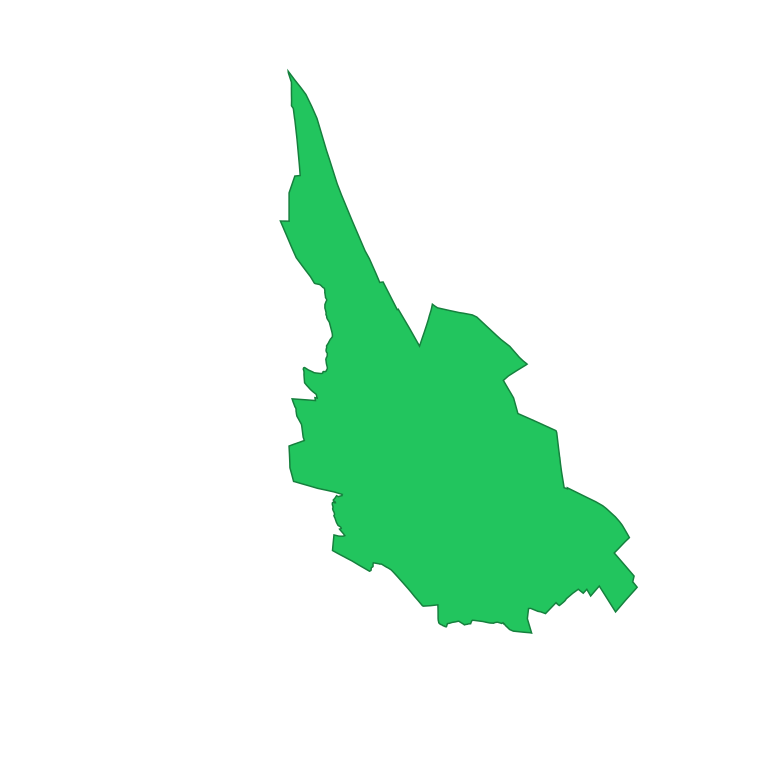 outline of Gulbene, Gulbene, Latvia, rotated 58°
{"feature_id": "27541924B45220335031479", "entity_name": "Gulbene", "entity_type": "district", "adm_level": 2, "iso_a3": "LVA", "parent_name": "Latvia", "parent_adm1": "Gulbene", "projection": "equal_earth", "projection_center": [26.756, 57.173], "detail": "fine", "context": "isolated", "style": "filled", "palette": "green", "viewbox_px": 768, "rotation_deg": 58, "n_neighbors": 0, "source": "geoboundaries", "source_scale": "gbopen_adm2", "svg_char_len": 5618}
<svg xmlns="http://www.w3.org/2000/svg" viewBox="0 0 768 768"><g transform="rotate(58 384 384)"><path d="M651.1,409.5L651.1,409.1L653.2,409.0L655.8,408.3L658.3,407.7L658.9,407.5L662.1,405.3L666.0,400.3L669.4,395.9L672.3,392.0L673.4,390.8L659.0,386.8L651.0,380.4L652.0,378.5L658.4,373.9L660.3,371.8L664.3,368.7L662.3,360.7L660.9,355.1L660.6,354.0L661.6,353.9L661.6,353.7L663.9,353.2L664.4,352.7L664.7,352.7L664.7,351.9L664.6,351.0L664.5,350.3L664.4,349.6L664.2,348.0L663.9,346.3L663.9,346.0L663.7,345.5L663.4,344.5L663.0,343.8L662.7,342.9L662.3,340.3L661.8,336.9L661.5,334.9L661.0,328.0L667.0,325.9L665.6,320.8L673.3,321.1L669.4,308.5L700.0,308.4L695.1,292.8L691.3,279.5L690.5,277.0L684.0,277.8L683.7,278.0L679.4,273.7L666.8,275.6L649.3,278.3L648.2,273.7L646.7,267.8L645.5,263.0L645.4,262.5L644.3,257.3L640.0,257.1L634.2,256.9L630.0,256.8L625.5,257.2L624.9,257.3L619.3,258.2L607.4,261.5L603.2,263.0L596.1,266.8L587.8,272.0L569.2,283.5L570.1,284.0L567.4,286.2L553.1,280.2L552.4,279.9L545.1,276.6L539.5,273.9L538.4,273.5L535.5,272.1L531.8,270.4L528.2,268.7L526.3,267.8L517.6,263.7L516.7,263.3L515.4,263.0L515.0,262.9L514.7,263.0L514.4,263.1L508.8,266.8L495.8,275.4L489.7,279.5L480.0,286.1L464.5,281.5L458.7,281.3L453.9,281.2L444.2,280.9L443.1,274.2L443.0,263.9L443.1,253.4L443.0,252.1L438.0,253.8L433.1,255.1L418.7,257.4L408.3,261.2L403.4,262.6L389.7,266.3L376.5,269.8L372.2,272.5L366.0,279.2L363.9,281.7L362.9,282.8L358.9,286.9L356.6,289.3L347.7,298.3L345.7,299.2L344.6,299.7L342.0,300.7L344.8,303.4L346.4,305.0L350.1,309.3L353.0,312.4L356.6,316.6L358.0,318.3L361.0,321.9L361.1,322.0L364.4,326.1L367.1,329.4L370.7,333.8L353.4,333.0L347.8,332.8L347.4,332.8L328.1,332.3L328.0,333.4L297.0,330.7L295.6,333.8L286.2,332.3L270.0,330.0L261.0,329.5L228.7,324.5L201.2,319.9L189.3,317.6L165.2,311.4L155.4,309.0L123.3,300.1L110.2,298.2L97.1,296.8L89.4,297.4L78.5,298.6L68.0,299.5L69.4,300.2L79.0,302.6L83.3,305.2L83.5,305.4L86.6,307.3L89.5,309.1L94.2,311.9L99.0,315.0L102.3,314.9L111.6,319.2L112.5,319.5L130.2,328.0L153.0,339.5L162.8,344.6L160.4,349.4L171.6,363.2L195.6,378.2L190.9,385.5L212.2,388.8L218.4,389.8L230.4,391.5L234.2,391.2L240.6,390.7L246.4,390.2L254.0,389.5L261.5,389.6L262.0,389.4L262.6,388.9L265.4,386.0L266.5,385.4L269.8,384.6L271.1,383.9L271.7,384.0L273.9,384.9L274.8,385.6L279.0,387.4L279.7,387.8L281.8,387.8L282.7,388.3L283.6,389.8L285.3,392.0L288.3,393.9L289.5,394.2L292.8,395.3L294.5,396.5L296.0,396.6L297.2,397.3L298.6,397.6L301.0,397.6L302.6,397.6L310.9,400.2L312.2,400.6L313.1,400.9L314.3,401.4L315.3,401.9L316.6,402.8L317.2,404.4L317.7,405.9L319.1,408.4L319.9,409.7L321.2,412.5L323.0,413.5L323.3,414.0L323.9,414.6L324.9,415.4L325.4,415.6L326.0,415.8L326.7,415.9L327.5,415.8L328.1,415.9L329.9,417.2L330.5,417.7L331.1,418.9L332.2,420.2L332.4,420.3L336.3,422.1L338.8,422.9L339.9,423.3L340.5,423.6L341.1,424.2L341.7,425.1L341.8,425.5L342.4,426.3L342.4,427.2L342.3,427.4L341.8,428.1L341.3,428.9L341.3,429.2L341.8,429.7L342.1,430.0L342.2,430.9L341.6,432.0L340.4,433.6L338.8,435.6L337.4,437.3L336.2,437.9L334.1,439.3L332.0,440.7L329.2,442.0L328.0,442.6L327.8,443.0L327.7,443.3L327.8,443.7L328.6,444.6L330.4,445.0L331.5,445.5L333.8,447.0L337.6,449.0L340.9,450.7L344.1,450.3L349.7,449.3L352.5,448.5L356.7,447.0L357.8,447.2L359.1,447.8L360.0,447.8L360.6,448.1L359.0,449.8L361.7,450.9L354.8,460.3L347.9,469.8L350.7,470.5L353.7,471.1L355.1,471.4L356.1,471.6L357.9,471.6L359.2,472.2L360.5,473.0L361.5,473.4L363.0,474.1L365.1,474.9L371.1,475.2L374.4,475.4L375.8,475.9L382.1,478.8L384.9,480.1L386.2,480.7L389.7,481.5L387.0,493.8L386.3,497.4L393.5,501.4L400.7,505.5L401.4,505.9L404.4,507.7L405.3,508.2L412.0,510.2L418.7,512.3L419.5,511.5L424.8,506.8L430.1,502.0L437.3,495.6L443.2,489.5L449.1,483.5L455.4,478.0L455.5,478.3L456.4,478.7L456.0,479.9L455.8,480.7L455.3,482.5L453.6,483.4L454.9,486.3L455.5,488.5L456.3,488.7L457.5,488.1L458.4,487.9L459.0,488.1L458.6,488.8L457.5,489.7L457.3,490.5L458.1,491.3L459.0,491.8L460.0,492.0L461.0,492.3L461.8,492.8L462.6,493.7L464.5,494.2L465.6,494.2L467.1,494.5L468.6,495.2L469.0,496.2L469.3,496.3L470.2,496.5L471.6,496.6L474.1,497.2L476.3,497.7L479.6,497.9L482.2,496.6L483.4,496.6L483.9,496.8L483.5,498.6L484.6,498.5L488.4,497.9L489.5,497.7L491.8,497.6L491.6,498.6L491.2,499.7L489.2,502.8L485.5,506.4L492.1,511.5L497.9,515.9L498.1,515.8L503.0,513.1L505.8,511.5L513.2,507.2L517.1,504.9L524.2,501.3L534.7,495.7L535.1,495.5L535.2,494.1L535.1,493.7L534.8,493.4L534.3,493.1L533.8,492.7L533.4,492.3L533.1,492.0L533.1,491.8L533.1,491.1L533.0,490.1L532.6,489.8L531.9,489.3L531.2,489.0L531.0,488.8L530.0,487.8L530.8,486.9L531.5,486.1L534.1,483.2L534.5,483.0L535.3,481.6L540.5,479.0L542.3,477.9L545.5,476.4L548.8,475.7L554.2,474.7L560.7,473.6L567.3,472.5L570.2,472.0L575.2,471.3L580.4,470.7L585.8,469.8L592.4,468.9L593.2,468.4L595.3,464.5L596.7,461.9L599.8,455.4L601.0,456.0L602.9,457.1L605.1,458.4L607.7,460.0L611.4,462.3L613.1,463.2L614.9,463.8L615.5,464.1L617.0,463.8L618.2,463.2L618.5,462.9L618.8,462.7L619.4,462.4L619.9,462.1L620.3,462.0L621.2,461.3L621.2,461.1L621.3,461.0L622.0,460.8L622.3,460.6L622.6,460.2L622.8,460.0L622.9,459.9L622.9,459.7L622.5,459.1L621.9,458.6L621.6,458.0L621.2,457.7L620.8,457.2L621.6,455.3L622.2,452.9L622.5,452.0L623.5,449.7L624.6,446.6L625.0,446.2L630.1,443.7L630.8,443.5L631.0,443.2L631.1,442.5L632.0,440.4L632.2,439.4L633.1,437.8L633.2,437.5L632.8,437.1L632.4,436.6L631.2,434.7L631.2,434.2L632.3,432.7L637.8,426.0L640.2,423.6L642.0,421.7L642.9,420.7L645.0,417.7L645.0,416.6L646.0,414.2L646.2,413.9L649.0,411.4L649.5,411.0L649.5,410.9L649.5,410.3L649.5,410.1L649.5,409.6L650.3,409.5L651.1,409.5Z" fill="#22c55e" stroke="#15803d" stroke-width="1.5"/></g></svg>